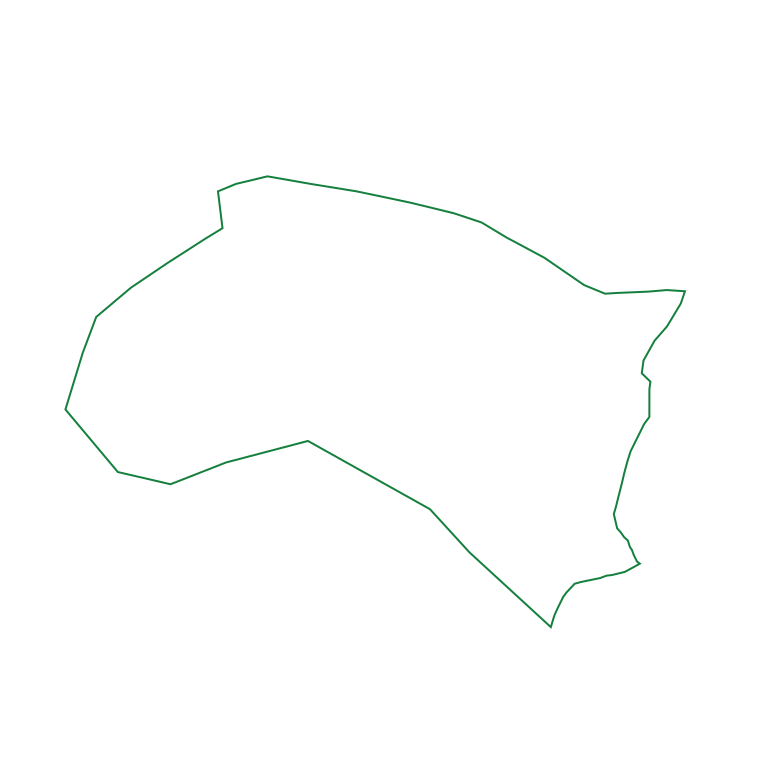 outline of Bonneterre Gardens, Gros Islet, Saint Lucia, rotated 17°
{"feature_id": "8701671B61716592772376", "entity_name": "Bonneterre Gardens", "entity_type": "district", "adm_level": 2, "iso_a3": "LCA", "parent_name": "Saint Lucia", "parent_adm1": "Gros Islet", "projection": "mercator", "projection_center": [-60.933, 14.067], "detail": "fine", "context": "isolated", "style": "outline", "palette": "green", "viewbox_px": 768, "rotation_deg": 17, "n_neighbors": 0, "source": "geoboundaries", "source_scale": "gbopen_adm2", "svg_char_len": 1014}
<svg xmlns="http://www.w3.org/2000/svg" viewBox="0 0 768 768"><g transform="rotate(17 384 384)"><path d="M614.6,567.7L614.6,556.4L614.8,553.8L615.5,548.4L617.6,535.3L619.5,529.9L624.7,519.3L630.0,515.9L636.0,512.6L647.4,506.4L652.9,502.2L657.9,500.0L664.5,496.1L669.2,493.3L676.1,486.3L681.2,481.0L677.8,479.8L672.6,474.2L669.6,470.2L666.9,468.1L662.9,462.3L658.6,460.4L653.7,456.6L649.2,453.9L641.8,441.2L641.7,433.5L641.2,424.3L640.5,409.2L639.8,398.9L639.4,387.2L639.5,376.2L644.5,346.1L647.4,337.9L639.3,311.3L638.1,303.9L627.4,298.4L625.3,285.7L630.1,263.4L637.8,246.2L644.3,220.3L644.7,207.3L626.9,211.5L609.7,218.4L580.5,228.7L569.0,233.0L546.4,230.9L500.5,216.4L458.4,208.1L430.0,201.0L400.7,200.3L356.0,202.9L301.4,207.8L256.2,214.0L211.8,219.5L184.0,235.9L168.9,248.3L184.0,282.2L170.2,297.8L141.4,331.8L113.9,365.8L89.2,404.0L86.8,442.1L86.8,501.5L155.2,546.0L209.1,542.3L255.9,505.2L327.9,460.7L396.2,475.5L464.6,490.3L514.9,520.0L614.6,567.7Z" fill="none" stroke="#15803d" stroke-width="2"/></g></svg>